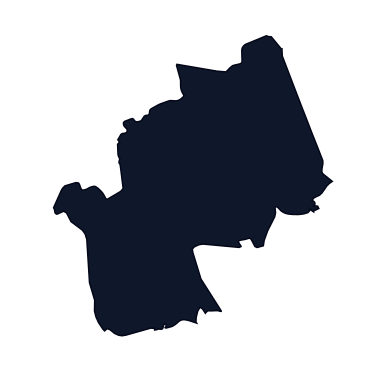 map outline of Jizzakh (Albers equal-area conic projection), rotated 72°
{"feature_id": "UZB-370", "entity_name": "Jizzakh", "entity_type": "Region", "adm_level": 1, "iso_a3": "UZB", "parent_name": "Uzbekistan", "parent_adm1": "", "projection": "albers", "projection_center": [67.735, 40.342], "detail": "fine", "context": "isolated", "style": "filled", "palette": "ink", "viewbox_px": 384, "rotation_deg": 72, "n_neighbors": 0, "source": "natural_earth", "source_scale": "10m", "svg_char_len": 4063}
<svg xmlns="http://www.w3.org/2000/svg" viewBox="0 0 384 384"><g transform="rotate(72 192 192)"><path d="M311.4,216.8L306.5,218.1L304.0,219.9L307.1,223.4L312.6,226.8L316.9,228.4L318.1,228.1L313.0,235.1L311.1,238.6L310.6,240.3L310.5,241.5L310.6,242.6L310.7,243.5L311.2,245.0L311.6,245.8L311.7,246.0L312.0,246.6L313.0,249.4L313.4,250.9L313.6,251.8L313.7,253.3L313.4,258.5L313.0,259.4L312.5,259.5L312.1,258.8L311.6,258.2L311.0,257.8L310.2,257.8L309.2,258.4L309.1,259.0L309.4,259.6L310.0,260.2L312.2,261.6L312.8,262.1L313.1,262.7L313.0,263.6L312.6,264.7L312.0,266.1L312.0,268.6L311.7,270.2L311.4,270.1L310.0,270.0L308.7,273.4L307.7,299.1L307.1,303.0L305.5,306.1L302.6,309.3L297.4,312.7L295.7,315.1L296.2,316.0L297.1,318.1L294.7,319.2L287.1,321.3L281.0,321.9L275.0,321.5L264.9,318.0L246.6,317.5L204.6,306.7L198.8,306.6L194.3,308.1L182.8,316.2L173.0,317.8L170.6,320.1L171.4,327.2L171.0,327.8L170.5,328.2L169.9,328.5L169.3,328.7L166.1,328.2L164.2,328.5L155.0,320.2L149.9,315.6L148.2,313.5L146.9,310.9L147.2,299.8L147.6,298.6L148.4,297.1L150.0,296.7L153.7,296.6L154.8,296.5L155.9,296.0L156.4,295.3L156.7,294.3L156.8,292.4L156.8,291.5L156.5,289.9L156.3,289.1L156.1,288.0L156.0,286.6L156.2,284.2L156.4,283.1L156.7,282.5L157.7,281.5L159.6,280.1L163.4,278.1L166.0,277.1L169.3,276.4L170.3,276.3L172.2,275.8L172.7,274.6L169.4,259.7L167.4,256.4L146.2,252.3L143.3,251.9L142.1,252.4L141.0,252.2L140.2,251.8L138.2,250.5L137.4,250.5L136.5,250.8L134.6,250.9L133.2,250.7L123.6,248.0L122.1,245.5L121.6,245.7L121.0,245.8L119.4,246.4L115.2,241.7L115.0,240.8L114.9,239.5L115.3,238.5L115.3,236.3L114.7,235.3L113.8,234.7L112.9,234.5L112.1,234.5L111.5,234.7L109.1,235.9L108.4,236.1L107.4,236.3L106.4,236.2L105.0,235.8L104.4,235.1L104.0,234.3L103.6,227.1L103.7,226.3L104.0,225.6L104.6,225.2L106.9,224.4L107.5,223.9L107.9,223.4L108.5,222.0L108.6,218.3L105.3,214.2L104.9,212.9L105.0,211.7L105.2,210.8L105.4,209.7L105.0,209.0L104.4,208.4L101.9,207.2L100.9,206.5L100.5,205.7L100.2,204.9L98.6,196.6L98.4,193.9L98.2,186.4L98.3,185.3L98.4,184.3L98.7,183.4L99.7,181.0L100.5,178.7L100.6,176.5L100.4,175.0L99.9,173.4L99.0,171.4L98.4,170.4L97.7,169.9L97.0,170.0L93.8,170.6L91.0,170.7L89.1,170.4L87.1,169.9L82.1,168.3L66.8,167.6L65.9,166.9L84.8,130.9L88.3,122.5L85.7,117.7L84.6,114.9L84.4,114.2L84.5,111.5L84.8,108.7L84.9,107.1L84.8,105.9L84.6,105.2L84.2,104.6L83.5,104.1L72.7,100.9L71.0,100.0L70.3,99.5L69.3,98.2L68.6,96.9L68.3,96.1L68.1,95.2L66.4,73.0L67.9,71.1L68.9,68.6L83.7,62.8L83.7,62.2L85.7,62.8L90.6,64.1L104.5,63.4L116.3,62.8L133.8,61.9L146.6,61.2L161.9,60.3L171.6,59.8L187.2,58.8L202.5,57.9L203.9,58.3L205.3,58.7L207.8,60.0L210.3,61.3L211.6,61.8L212.9,62.3L214.1,62.1L215.2,61.9L218.7,59.6L222.2,57.3L223.7,56.3L225.2,55.3L226.0,57.6L226.7,59.9L226.8,60.0L227.0,60.1L227.4,61.0L227.8,61.8L230.5,65.3L233.1,68.8L233.7,70.2L234.4,71.6L234.8,74.7L235.3,77.8L236.1,79.1L236.9,80.4L237.6,79.8L238.4,79.2L239.1,78.8L239.9,78.5L240.6,78.6L241.4,78.7L242.0,79.5L242.7,80.4L243.5,78.6L244.3,76.8L245.6,76.7L246.9,76.5L247.1,78.2L247.4,79.9L247.4,80.1L247.4,80.3L247.2,81.0L247.1,81.7L247.7,81.9L248.2,82.1L248.4,82.3L248.6,82.4L247.2,83.5L245.8,84.5L245.3,84.8L244.8,85.0L245.3,85.3L245.8,85.5L246.1,85.9L246.4,86.3L246.9,87.2L247.4,88.1L247.4,90.4L247.3,92.7L246.8,95.4L246.2,98.1L245.3,100.7L244.4,103.3L243.5,105.4L242.6,107.4L241.9,108.5L241.3,109.5L240.4,110.5L239.5,111.5L238.5,112.3L237.5,113.1L235.4,114.1L233.3,115.1L232.7,115.6L232.2,116.1L232.0,116.7L231.8,117.3L232.2,117.6L232.6,117.9L235.0,118.4L237.4,118.9L239.2,119.9L241.1,121.0L246.6,126.4L252.1,131.9L256.2,135.1L260.3,138.3L265.2,140.8L264.9,147.2L263.3,149.0L256.7,150.1L255.1,150.5L254.4,150.8L253.9,151.3L253.6,152.1L253.5,155.9L252.7,161.8L253.0,162.6L253.6,163.2L255.7,163.0L257.8,162.3L259.0,162.2L259.3,164.2L245.1,197.2L244.6,199.4L244.3,201.9L244.8,206.3L245.3,207.6L246.1,208.8L246.5,209.4L249.9,209.9L277.5,210.4L313.9,201.0L314.4,201.0L314.5,201.4L313.9,202.5L313.3,203.3L312.8,204.1L312.4,205.3L310.7,211.4L310.2,212.5L309.9,213.9L311.3,216.7L311.4,216.8Z" fill="#0f172a" stroke="#020617" stroke-width="1.5"/></g></svg>